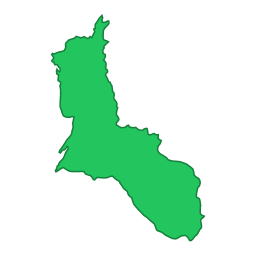 Limbang, Sarawak, Malaysia (orthographic projection)
{"feature_id": "92858781B30612990862702", "entity_name": "Limbang", "entity_type": "district", "adm_level": 2, "iso_a3": "MYS", "parent_name": "Malaysia", "parent_adm1": "Sarawak", "projection": "orthographic", "projection_center": [115.07, 4.369], "detail": "fine", "context": "isolated", "style": "filled", "palette": "green", "viewbox_px": 256, "rotation_deg": 0, "n_neighbors": 0, "source": "geoboundaries", "source_scale": "gbopen_adm2", "svg_char_len": 3867}
<svg xmlns="http://www.w3.org/2000/svg" viewBox="0 0 256 256"><path d="M204.3,216.2L201.6,215.1L200.2,213.3L200.3,209.4L200.3,207.6L200.6,205.4L199.9,200.2L199.3,198.7L196.7,197.2L196.3,195.9L196.5,193.4L197.7,187.8L199.5,185.8L200.2,183.0L199.9,180.7L198.7,178.5L196.0,176.9L194.1,175.0L193.7,171.9L192.8,168.9L190.2,166.8L186.4,164.0L183.2,162.8L180.0,161.7L175.8,161.3L172.0,161.0L168.1,159.8L166.7,157.9L162.8,155.3L160.3,153.9L158.2,151.7L157.6,149.8L157.7,147.9L158.4,145.8L159.7,144.4L160.5,142.8L161.3,140.6L159.3,139.6L158.2,138.4L158.3,134.7L157.3,134.9L155.3,134.4L153.9,133.4L151.5,134.5L149.5,134.9L147.9,133.9L147.8,131.8L147.1,128.5L145.7,128.4L144.3,128.9L142.4,130.2L141.0,130.2L139.0,130.0L137.7,129.1L135.8,127.4L132.8,127.7L129.5,127.1L128.6,125.2L127.0,125.6L126.3,126.7L124.9,127.2L123.4,127.6L120.9,127.6L118.0,125.9L116.4,124.7L116.3,122.9L118.5,120.5L118.9,118.9L117.9,116.8L116.4,114.8L116.5,112.6L117.0,109.9L117.7,107.6L116.6,106.4L117.0,104.0L116.5,102.3L115.7,101.1L113.8,98.5L113.8,97.2L114.2,95.3L114.2,94.0L113.9,92.8L112.6,91.5L112.6,90.8L112.1,87.2L111.9,85.8L110.9,84.5L110.3,82.5L108.4,81.3L107.8,79.6L107.0,77.6L105.5,75.1L106.0,73.6L107.7,71.9L107.2,69.7L105.7,68.8L105.6,67.5L106.0,66.2L106.0,64.7L105.9,62.9L104.7,61.0L103.6,60.1L104.7,58.2L105.4,56.4L105.3,54.5L103.8,53.9L103.1,53.3L102.8,49.9L103.5,49.0L104.2,47.9L103.8,46.4L105.2,44.9L106.4,43.7L108.5,41.9L106.6,40.8L104.2,40.1L103.3,38.8L103.1,36.9L103.2,34.7L103.3,32.1L103.5,30.1L105.2,27.6L106.5,26.3L108.4,24.3L109.0,23.0L108.6,20.9L107.3,21.1L105.8,22.0L103.6,22.5L102.1,22.0L102.0,19.9L102.7,17.9L102.0,15.4L99.6,17.9L98.5,19.4L97.1,21.7L95.3,24.3L95.1,26.3L95.3,28.6L93.8,28.9L94.1,30.2L94.8,32.0L93.5,33.8L91.9,37.7L90.0,36.5L88.7,38.3L87.4,38.4L85.7,37.6L84.1,36.6L82.4,37.4L80.7,37.8L78.6,37.1L76.3,36.4L74.0,38.4L71.8,39.0L68.8,40.0L65.9,42.9L65.5,44.1L65.7,47.1L65.2,48.9L64.0,50.8L61.3,51.6L58.9,52.0L55.0,53.6L53.4,53.9L52.5,53.4L51.7,54.6L52.6,55.9L53.7,57.6L53.2,59.2L52.1,60.1L51.8,61.3L52.8,61.9L54.2,62.5L54.2,63.6L54.9,64.8L56.8,64.6L57.7,65.4L58.7,67.1L59.9,68.0L60.2,69.7L59.9,71.6L59.3,71.7L58.4,71.1L57.0,69.2L56.5,71.0L56.7,73.8L58.6,75.2L58.4,76.6L58.1,79.0L58.1,80.7L59.1,81.1L60.6,82.2L60.6,84.1L59.9,85.9L60.6,89.5L60.6,93.3L60.6,95.8L60.4,97.6L60.4,99.9L60.1,103.0L60.1,106.8L61.2,109.6L62.2,113.1L63.4,115.8L65.0,116.7L67.2,117.3L70.4,117.2L71.9,116.5L74.0,117.0L73.7,118.4L73.1,121.6L72.6,123.6L73.1,126.0L72.9,128.3L72.0,131.1L71.7,133.3L70.9,135.2L66.9,139.9L64.6,143.6L61.4,148.4L60.1,149.8L59.1,152.2L60.4,153.0L62.2,150.6L63.3,150.0L64.4,149.8L65.2,149.1L65.9,148.3L67.0,146.4L67.6,146.6L68.2,148.0L67.9,149.2L66.9,150.6L66.0,152.2L65.1,154.0L64.5,155.8L63.0,158.9L60.1,161.7L58.9,163.4L58.4,165.3L57.2,166.1L56.7,168.6L55.5,170.3L55.7,171.7L57.0,171.5L57.6,170.3L58.3,170.5L60.9,168.7L62.6,167.8L63.7,167.7L65.4,169.0L67.0,169.9L68.9,171.0L71.3,171.5L75.4,171.6L78.5,171.6L81.3,171.4L84.0,171.7L84.7,172.8L85.6,174.0L87.7,174.8L90.1,175.5L91.3,176.4L92.6,178.0L93.2,179.5L94.5,179.9L95.6,178.9L97.0,177.4L98.5,177.5L98.9,177.6L103.8,177.9L107.1,177.7L109.1,176.8L110.9,176.3L112.3,176.1L113.5,177.0L114.7,178.4L115.7,179.1L117.0,180.1L118.4,180.7L119.8,181.8L119.8,182.8L122.5,186.6L123.2,187.8L124.2,189.0L126.9,191.0L127.5,192.0L127.9,193.7L128.8,195.3L130.0,196.5L131.7,197.9L132.3,199.9L133.2,202.6L134.1,204.6L138.3,209.6L140.8,212.0L142.2,213.6L144.1,215.5L147.0,217.4L148.8,219.2L153.1,222.9L154.4,224.1L155.2,225.8L155.9,228.1L156.6,229.9L157.8,230.8L160.3,231.7L162.0,232.3L164.9,234.7L167.0,235.9L172.4,238.5L175.8,238.9L178.3,237.7L179.9,236.6L182.0,235.8L185.2,235.4L186.5,236.1L187.8,237.4L189.0,239.3L189.6,240.5L191.1,240.6L193.0,238.9L194.2,237.1L195.5,235.8L197.2,234.4L199.9,229.4L201.4,227.8L201.5,225.3L200.7,221.3L200.6,219.7L203.6,217.1L204.3,216.2Z" fill="#22c55e" stroke="#15803d" stroke-width="1.5"/></svg>